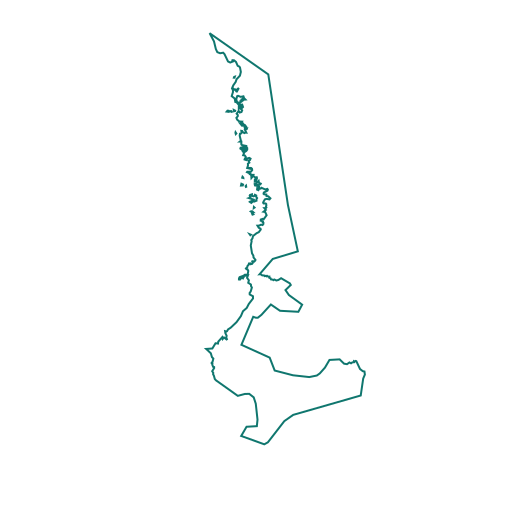 Huon District, Morobe, Papua New Guinea, rotated 215°
{"feature_id": "67681753B78423041590168", "entity_name": "Huon District", "entity_type": "district", "adm_level": 2, "iso_a3": "PNG", "parent_name": "Papua New Guinea", "parent_adm1": "Morobe", "projection": "orthographic", "projection_center": [147.273, -7.168], "detail": "fine", "context": "isolated", "style": "outline", "palette": "teal", "viewbox_px": 512, "rotation_deg": 215, "n_neighbors": 0, "source": "geoboundaries", "source_scale": "gbopen_adm2", "svg_char_len": 6179}
<svg xmlns="http://www.w3.org/2000/svg" viewBox="0 0 512 512"><g transform="rotate(215 256 256)"><path d="M350.1,411.8L421.8,411.9L413.5,407.7L407.6,402.5L404.6,400.8L401.7,401.5L399.5,403.7L397.6,403.3L390.5,399.3L388.1,399.7L386.4,402.2L386.7,402.9L387.3,402.1L387.6,402.9L386.3,403.7L383.7,403.5L380.1,401.3L378.2,401.6L377.2,401.2L374.0,398.1L372.6,394.5L373.3,389.6L372.5,386.9L372.5,382.8L371.8,379.5L371.1,379.2L370.7,380.1L369.9,379.9L368.3,380.7L366.5,380.1L366.9,382.4L366.4,383.7L366.0,379.8L366.6,379.6L368.4,380.3L370.3,378.9L368.9,377.1L367.6,373.0L363.8,372.8L361.3,370.3L360.0,370.8L358.0,370.2L357.2,370.6L354.5,366.7L353.7,370.7L355.7,370.0L357.8,371.6L360.1,371.4L362.1,373.1L363.1,376.2L362.6,376.9L359.8,377.6L357.9,379.6L356.9,378.9L357.1,377.6L355.5,378.3L354.4,378.1L355.8,376.9L355.9,376.2L357.6,375.7L357.2,374.3L358.2,373.3L356.6,373.8L357.4,371.8L355.6,370.7L354.2,372.1L352.1,370.6L352.5,368.6L351.8,368.2L352.5,368.4L352.9,367.8L350.9,367.4L350.5,365.6L351.6,364.2L353.4,364.9L353.5,361.5L351.7,361.0L351.1,360.0L351.3,357.9L349.7,356.9L346.9,356.6L344.6,358.0L344.6,356.5L343.1,357.2L342.2,356.9L342.3,356.1L340.4,356.9L338.2,356.3L338.1,355.6L339.5,355.2L338.1,354.0L336.6,355.4L336.4,354.7L337.5,353.1L334.7,351.5L335.6,351.0L335.9,350.1L337.6,349.8L339.0,350.5L339.8,350.1L338.5,348.7L338.7,347.2L339.2,346.9L338.4,345.2L334.4,341.7L334.8,340.5L333.6,341.3L331.9,338.9L328.3,338.6L328.0,339.2L329.8,339.4L327.0,340.6L326.2,339.7L325.1,339.4L324.2,338.1L324.2,336.5L324.9,334.8L325.5,335.4L325.2,336.7L325.9,337.1L324.9,337.4L324.8,338.1L327.3,338.5L326.9,336.1L327.6,336.1L328.3,336.9L330.2,336.5L330.7,335.9L330.4,335.0L328.2,335.0L326.9,334.1L325.0,333.8L324.3,331.2L322.9,331.9L321.3,331.4L320.3,330.0L321.0,329.5L320.7,328.5L319.0,329.0L319.1,330.9L317.8,332.5L316.3,332.6L316.0,331.1L317.0,329.8L315.0,328.7L315.6,327.0L314.4,325.4L313.7,323.0L310.6,324.2L310.6,324.7L311.4,324.7L310.5,325.3L309.4,325.2L308.4,324.2L308.5,322.2L311.5,320.0L311.5,319.5L308.3,320.1L308.0,319.5L307.2,320.0L306.2,319.2L305.8,320.2L304.6,321.0L304.2,319.8L302.3,320.0L301.4,319.6L300.6,320.9L299.9,320.4L299.4,318.9L299.5,318.3L300.6,317.7L299.7,316.3L298.7,317.5L297.2,316.9L296.9,319.0L295.5,317.6L293.6,318.0L293.5,317.2L294.8,315.3L297.1,314.6L297.6,315.4L298.4,314.2L297.3,313.2L295.4,314.2L293.2,314.5L292.5,313.6L293.2,312.4L293.9,312.3L293.2,311.0L291.8,311.3L292.0,312.9L290.8,313.9L290.7,315.0L286.6,315.8L285.2,317.5L284.3,317.1L284.1,316.0L286.0,312.5L285.5,311.3L284.7,311.2L282.8,312.3L281.9,311.2L280.1,311.9L277.3,311.5L277.4,310.1L280.2,308.8L281.2,307.5L281.0,304.8L280.7,303.7L279.9,303.4L278.2,304.6L277.5,304.5L276.5,303.3L276.3,302.3L275.3,301.7L275.4,300.9L276.6,300.0L274.4,299.4L275.2,296.6L273.7,297.3L270.7,295.5L270.8,290.7L271.7,290.4L273.0,288.6L272.4,287.6L270.2,288.4L269.9,287.5L269.0,287.5L268.3,286.4L268.4,285.1L269.8,284.6L270.9,282.7L272.2,281.7L269.9,280.7L268.0,281.0L267.3,280.4L267.4,277.1L268.6,275.0L269.9,270.6L269.0,268.4L269.0,266.3L268.1,265.7L266.3,261.6L260.8,255.9L258.4,254.8L257.2,253.4L254.2,252.5L254.0,251.9L254.3,250.3L255.6,250.0L256.0,249.4L254.7,248.5L254.7,247.3L255.7,246.2L256.4,246.7L257.5,245.8L257.0,244.7L257.3,243.2L256.8,242.0L257.1,240.0L256.1,239.7L255.3,240.2L253.8,239.4L252.3,236.3L253.0,235.1L254.3,234.4L255.0,232.5L257.3,229.3L257.1,227.9L256.5,227.0L255.6,227.5L255.4,229.7L253.9,230.2L254.2,230.8L253.9,231.5L254.5,232.7L251.5,235.6L250.8,233.0L247.9,232.0L247.0,229.6L243.8,229.7L242.8,228.5L241.3,227.8L240.0,223.9L240.0,222.0L239.1,220.9L235.4,221.3L234.1,219.5L234.4,212.6L233.8,208.1L235.0,203.3L233.9,198.1L234.0,190.7L235.6,182.8L236.8,179.8L236.6,177.9L236.9,177.1L238.2,176.7L236.8,175.2L234.3,173.8L233.5,172.0L231.4,170.8L232.5,170.9L233.8,171.8L233.2,170.8L235.5,170.9L235.7,168.9L237.1,170.1L237.8,164.2L236.9,162.5L239.1,161.3L238.7,155.2L243.5,151.3L237.2,150.4L234.1,147.9L232.1,147.5L230.9,144.4L231.1,143.1L230.8,142.7L230.0,142.9L229.5,141.9L227.5,140.6L226.6,141.0L226.0,140.2L225.8,136.5L223.9,135.7L223.4,134.6L221.7,133.7L219.2,131.6L217.4,131.2L190.7,131.0L186.0,136.6L182.5,139.2L176.8,138.9L171.5,134.9L167.8,130.7L160.9,122.8L157.7,117.1L165.8,110.7L164.9,100.1L141.2,106.5L139.4,110.2L138.1,137.0L134.4,147.2L90.2,201.8L97.9,217.1L98.8,221.3L100.9,223.6L102.5,222.9L106.0,223.1L113.5,227.4L114.5,227.0L114.7,225.8L115.1,225.8L114.7,225.3L116.1,224.1L116.6,222.6L118.4,222.4L119.4,219.6L122.1,218.3L128.2,219.3L136.2,213.0L135.5,204.1L136.4,196.4L137.6,193.0L142.9,187.4L157.3,179.5L175.0,172.9L186.5,180.6L217.0,174.9L223.4,204.6L220.6,205.4L219.1,206.5L217.8,210.9L216.0,224.8L204.9,224.9L189.3,234.6L190.3,242.6L206.7,242.9L212.3,245.0L210.9,252.2L212.6,253.0L222.7,252.2L223.9,249.2L225.3,247.6L227.4,247.3L227.9,246.2L228.6,246.3L230.3,245.4L231.3,246.1L232.6,245.8L233.2,246.8L234.2,246.1L235.5,246.1L235.7,245.4L236.6,245.4L237.3,244.5L238.2,244.7L239.8,243.7L241.9,243.7L242.6,243.1L240.6,263.2L224.4,283.8L259.2,316.2L350.1,411.8ZM290.1,300.9L289.9,300.3L291.1,298.5L288.7,299.5L287.3,301.6L288.2,302.6L288.3,304.1L290.0,304.7L290.5,305.7L292.0,305.5L291.7,304.4L292.2,303.5L293.8,302.9L294.7,304.2L295.9,302.6L295.8,301.8L294.1,300.7L295.0,299.4L290.1,300.9ZM361.7,359.3L362.7,358.7L362.8,357.5L360.9,358.5L360.6,359.3L361.7,359.3ZM309.4,306.8L308.7,305.1L307.3,306.2L307.6,307.1L309.4,306.8ZM284.6,290.5L285.6,289.9L285.8,289.5L284.3,289.5L283.3,290.3L284.6,290.5ZM344.3,355.3L342.2,354.7L341.6,355.2L342.9,355.8L344.3,355.3ZM357.9,362.9L357.0,362.0L356.3,362.8L356.4,363.1L357.9,362.9ZM312.5,313.2L312.2,312.2L311.1,312.6L311.5,313.0L312.5,313.2ZM343.7,345.6L343.5,345.1L342.5,344.3L342.4,345.1L343.7,345.6ZM290.1,297.7L291.4,297.1L291.6,296.8L290.3,296.8L290.1,297.7ZM305.0,318.7L305.1,318.0L304.5,317.3L304.4,318.4L305.0,318.7ZM282.9,288.8L283.3,288.3L282.6,287.9L282.1,288.6L282.9,288.8ZM359.2,360.6L360.0,360.0L360.0,359.8L358.7,360.0L358.5,360.3L359.2,360.6ZM376.2,390.7L376.6,390.1L376.4,389.4L375.9,389.7L376.2,390.7ZM272.4,270.5L273.7,270.2L272.6,269.8L272.4,270.5ZM304.5,307.9L304.6,307.3L303.9,306.8L303.7,307.1L304.5,307.9ZM285.0,294.8L285.8,294.9L285.3,294.0L285.0,294.8Z" fill="none" stroke="#0f766e" stroke-width="2"/></g></svg>